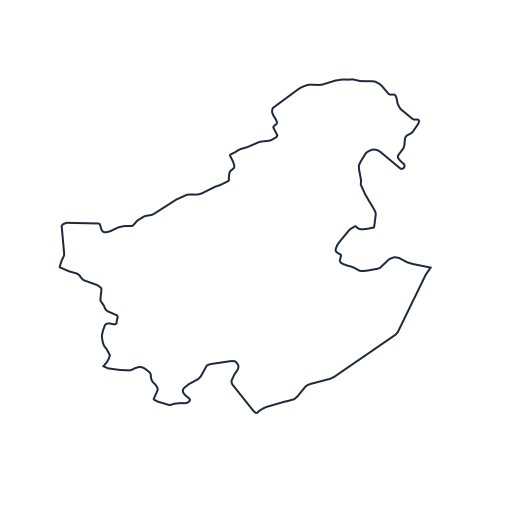 the Province of Central, rotated 75°
{"feature_id": "KEN-1195", "entity_name": "Central", "entity_type": "Province", "adm_level": 1, "iso_a3": "KEN", "parent_name": "Kenya", "parent_adm1": "", "projection": "natural_earth1", "projection_center": [36.807, -0.59], "detail": "fine", "context": "isolated", "style": "outline", "palette": "slate", "viewbox_px": 512, "rotation_deg": 75, "n_neighbors": 0, "source": "natural_earth", "source_scale": "10m", "svg_char_len": 4366}
<svg xmlns="http://www.w3.org/2000/svg" viewBox="0 0 512 512"><g transform="rotate(75 256 256)"><path d="M312.4,90.4L317.9,96.8L366.5,139.0L368.2,141.8L393.0,211.8L393.8,216.2L393.7,237.0L394.0,239.4L394.8,241.8L402.3,252.2L404.2,256.1L404.3,263.1L404.1,265.3L404.5,284.8L405.0,288.0L406.2,292.4L406.7,293.6L407.4,294.6L407.8,295.6L407.4,296.9L405.0,298.6L373.9,312.1L372.0,312.3L370.6,312.1L369.6,311.5L364.9,307.6L361.7,303.8L359.9,302.3L358.9,301.8L357.8,301.5L356.9,301.5L355.9,301.7L354.8,302.1L352.7,303.2L352.2,303.7L351.6,305.2L351.0,307.6L348.7,327.2L348.7,330.1L349.2,332.0L357.9,340.4L358.6,341.4L359.3,342.5L359.9,343.7L362.4,354.0L364.5,359.0L365.2,360.0L366.0,361.0L367.1,361.5L368.4,361.7L369.7,361.5L370.9,361.0L372.1,360.4L376.0,357.6L377.0,357.1L378.0,357.0L378.8,357.7L379.5,358.8L379.9,360.1L379.9,362.0L379.5,364.1L378.6,366.7L377.6,372.7L377.7,378.0L371.3,388.5L368.6,391.4L368.1,391.8L367.6,391.8L360.2,385.8L359.0,385.4L357.8,385.4L355.3,386.0L354.2,386.5L352.1,387.7L350.5,388.5L348.2,389.0L345.4,388.8L344.2,388.5L342.8,388.4L341.5,388.6L340.4,389.2L336.0,392.5L334.4,394.3L333.4,396.0L332.9,398.1L333.0,401.6L333.8,405.6L333.8,407.6L331.0,416.6L326.2,428.1L323.0,431.9L319.6,427.1L317.2,424.9L314.1,422.8L307.3,424.4L304.3,425.7L302.7,426.1L300.7,426.3L297.4,426.2L293.8,425.7L292.0,425.0L288.1,422.9L284.1,420.1L283.2,419.2L282.8,417.9L282.9,416.4L283.2,415.0L285.4,410.5L285.5,409.3L285.1,408.4L284.3,407.9L282.0,407.0L281.5,406.8L279.8,405.6L278.6,405.4L277.4,405.6L271.0,413.6L269.9,414.4L268.7,415.2L264.6,415.8L262.8,416.4L260.6,417.3L259.2,417.7L257.9,417.6L248.4,414.0L247.2,413.8L245.3,414.9L242.9,417.0L235.4,427.9L234.0,429.3L231.0,430.9L229.3,431.4L227.7,432.4L226.3,434.0L222.3,440.7L216.1,448.5L214.1,447.5L210.1,444.9L206.5,441.8L205.6,441.2L204.0,440.7L176.5,435.9L175.3,434.0L174.9,430.4L183.8,399.9L184.6,398.8L185.8,398.5L190.0,398.5L191.4,398.2L192.5,397.8L193.5,396.8L194.2,395.1L194.4,392.2L194.3,390.1L192.8,382.0L192.7,380.4L193.0,375.5L194.7,368.7L194.8,367.8L194.8,367.3L194.6,366.8L191.3,361.8L190.8,360.6L189.1,354.8L188.8,353.4L188.8,351.5L189.3,346.7L189.2,345.3L189.0,344.0L180.8,318.2L179.0,307.0L179.3,304.7L181.3,297.5L181.6,294.9L181.6,292.8L178.5,277.5L178.2,272.3L176.6,264.1L176.2,262.9L175.3,262.4L174.5,262.2L173.5,262.0L171.2,261.2L168.9,260.1L167.9,259.4L167.1,258.5L166.0,255.9L165.4,254.7L164.5,254.0L163.3,253.6L160.5,253.6L157.5,254.0L152.6,255.1L152.0,255.0L151.5,254.7L151.2,253.6L150.3,249.1L149.4,246.4L148.7,243.4L148.6,236.3L146.7,223.2L147.1,219.2L147.6,216.6L148.1,212.9L148.0,211.3L146.9,207.0L146.5,205.8L145.8,204.8L145.0,204.3L144.1,204.3L137.1,205.9L136.0,205.9L135.2,205.1L134.6,204.1L134.2,202.8L133.5,201.8L132.6,201.2L131.4,201.2L130.0,201.3L124.9,202.8L122.1,203.2L120.7,203.1L119.5,202.7L118.6,202.2L117.9,201.8L117.3,201.2L105.7,171.7L104.9,168.8L104.4,165.6L104.2,162.2L104.3,160.4L104.7,158.7L107.1,150.9L107.6,147.8L107.1,134.0L107.8,127.5L108.6,124.1L109.3,122.2L110.4,116.9L113.8,110.4L114.3,109.2L117.4,98.1L118.6,95.5L121.7,92.2L124.0,90.6L133.5,86.1L134.3,85.4L135.0,84.2L135.6,81.5L136.2,80.3L137.6,79.6L140.3,79.4L145.5,79.8L149.4,79.0L151.6,78.2L163.9,69.5L164.8,68.6L165.3,67.4L166.0,64.6L166.8,63.7L167.9,63.5L169.6,64.5L170.7,65.5L176.4,72.2L177.1,73.3L177.7,74.6L178.6,79.0L179.7,80.7L181.8,82.0L186.4,83.6L188.6,84.7L190.1,85.7L195.5,92.6L196.6,93.2L198.1,93.4L200.6,92.4L202.1,91.6L205.5,89.3L206.6,89.1L207.9,89.3L209.1,90.4L209.6,91.7L209.5,92.8L209.2,93.5L208.5,94.2L187.8,108.8L186.0,110.4L184.8,112.1L184.2,113.2L183.7,114.6L183.4,116.1L183.5,117.7L184.1,120.8L184.5,122.1L185.1,123.3L192.2,130.8L195.4,133.3L199.4,134.1L210.0,134.9L214.2,136.3L225.2,134.5L242.1,129.7L244.9,129.3L247.0,129.6L258.1,134.2L259.0,134.7L259.1,135.2L258.7,136.8L258.7,140.1L257.9,145.6L257.4,147.5L256.9,148.6L256.2,149.7L255.4,150.6L253.5,151.7L253.0,152.3L253.1,153.4L254.3,157.6L254.8,158.8L264.3,172.2L266.7,174.9L269.6,177.0L270.4,177.4L271.1,177.6L272.1,177.6L273.6,176.8L274.7,175.8L275.9,174.5L276.8,173.8L277.8,173.8L280.9,175.6L282.0,176.2L283.5,176.1L284.9,175.5L286.7,173.4L289.6,169.2L290.4,167.5L292.3,164.8L296.2,160.7L297.0,159.7L297.6,158.6L298.3,156.0L298.9,152.4L299.8,141.6L299.5,139.2L293.9,128.9L293.5,127.6L293.2,126.1L293.0,122.7L293.8,120.6L295.0,118.3L301.2,111.6L304.2,106.8L312.4,90.4Z" fill="none" stroke="#1e293b" stroke-width="2"/></g></svg>